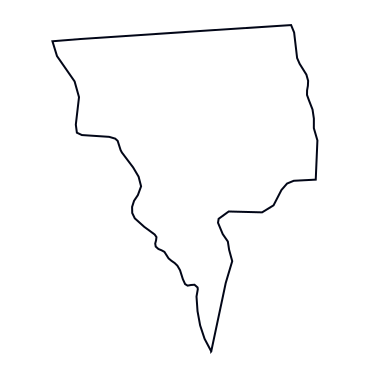 Agusan del Sur, Albers equal-area conic projection, rotated 176°
{"feature_id": "PHL-2588", "entity_name": "Agusan del Sur", "entity_type": "Province", "adm_level": 1, "iso_a3": "PHL", "parent_name": "Philippines", "parent_adm1": "", "projection": "albers", "projection_center": [125.781, 8.604], "detail": "fine", "context": "isolated", "style": "outline", "palette": "ink", "viewbox_px": 384, "rotation_deg": 176, "n_neighbors": 0, "source": "natural_earth", "source_scale": "10m", "svg_char_len": 1117}
<svg xmlns="http://www.w3.org/2000/svg" viewBox="0 0 384 384"><g transform="rotate(176 192 192)"><path d="M184.0,31.6L184.0,31.8L189.7,44.7L193.2,58.4L194.8,72.7L194.8,87.4L193.0,94.6L193.1,96.4L196.0,99.3L199.5,99.3L202.9,98.9L205.3,100.6L207.2,105.7L209.4,114.8L211.7,119.5L214.3,122.4L217.3,124.8L220.0,127.4L223.7,134.2L226.5,136.0L229.5,137.5L232.0,140.1L232.3,143.1L231.2,146.4L230.6,149.5L232.2,152.2L242.0,160.5L250.9,169.7L253.1,175.2L252.8,181.3L250.4,187.3L246.2,192.7L242.4,201.2L244.2,211.0L249.0,220.6L259.2,236.3L260.3,238.8L262.6,248.2L264.9,250.6L270.8,252.8L297.9,256.5L302.7,259.2L303.2,267.3L298.1,294.5L301.4,310.5L317.2,337.0L320.7,352.1L292.5,352.4L160.1,352.0L81.5,351.6L79.0,344.0L77.8,318.3L75.7,312.4L69.7,301.1L68.4,294.8L69.0,289.8L70.1,285.4L70.5,280.8L69.0,275.5L66.0,265.8L65.3,256.7L66.0,247.2L63.3,234.7L67.7,195.7L89.7,196.1L96.6,193.8L102.6,187.8L111.6,173.0L123.5,166.8L156.7,170.0L158.2,169.1L167.3,163.4L168.2,159.5L164.3,147.9L159.7,140.1L159.0,131.7L156.7,120.2L164.7,98.9L169.0,83.8L183.9,31.8L183.9,31.7L184.0,31.6Z" fill="none" stroke="#020617" stroke-width="2"/></g></svg>